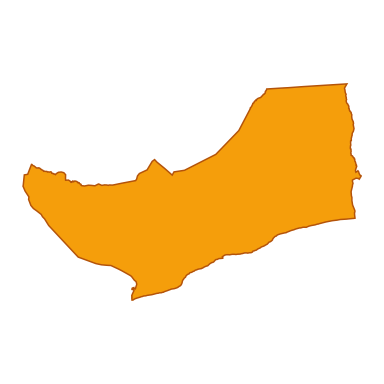 Ningo/prampram, Greater Accra, Ghana (Robinson projection)
{"feature_id": "2480657B81968156308620", "entity_name": "Ningo/prampram", "entity_type": "district", "adm_level": 2, "iso_a3": "GHA", "parent_name": "Ghana", "parent_adm1": "Greater Accra", "projection": "robinson", "projection_center": [0.183, 5.814], "detail": "fine", "context": "isolated", "style": "filled", "palette": "amber", "viewbox_px": 384, "rotation_deg": 0, "n_neighbors": 0, "source": "geoboundaries", "source_scale": "gbopen_adm2", "svg_char_len": 5884}
<svg xmlns="http://www.w3.org/2000/svg" viewBox="0 0 384 384"><path d="M31.5,164.4L27.7,174.3L24.3,174.9L23.2,185.6L23.0,186.1L25.1,191.1L28.9,196.9L28.6,199.4L30.9,205.5L33.4,208.5L36.5,210.7L41.2,214.4L42.5,216.7L44.6,218.9L48.7,225.5L78.2,257.1L95.9,263.6L101.5,264.8L107.1,265.3L110.9,265.5L118.4,269.0L121.9,270.8L130.1,275.4L131.0,276.0L131.7,276.7L134.5,280.4L135.4,281.0L136.1,281.7L136.7,283.9L136.7,284.6L135.9,287.0L135.7,287.5L135.7,288.0L135.4,288.6L135.2,288.3L134.4,288.2L133.7,288.4L133.4,288.5L133.0,288.2L133.2,287.8L132.3,288.1L132.0,288.9L131.9,289.2L132.0,289.5L132.3,289.6L133.3,289.5L133.6,289.4L133.9,289.5L134.0,290.2L133.7,291.2L132.4,294.0L131.8,295.5L131.8,296.1L131.9,297.0L132.0,297.2L131.8,297.7L132.0,300.1L133.1,300.0L133.9,299.4L134.7,298.9L136.9,298.1L140.0,297.2L140.9,296.8L142.4,296.5L143.6,296.0L145.9,295.8L147.0,295.4L151.8,294.7L156.7,293.4L158.8,293.1L159.3,292.8L161.1,292.8L162.7,292.3L163.5,292.2L164.5,291.6L166.6,290.9L167.8,290.5L168.6,290.1L169.4,289.9L171.3,289.1L174.5,288.6L176.9,287.8L178.0,287.3L178.4,286.8L178.7,286.7L178.9,286.5L179.2,286.4L179.4,286.2L180.3,285.8L181.1,284.9L181.7,283.8L182.1,282.6L182.4,281.2L182.5,280.8L182.9,280.0L183.5,279.4L183.8,278.7L184.3,278.1L185.2,277.4L185.7,276.8L185.7,276.5L185.9,276.1L186.5,275.3L187.8,274.3L189.1,273.8L189.6,273.0L190.0,272.7L191.3,272.4L191.9,272.2L192.8,271.5L193.8,271.3L194.8,270.6L195.2,270.2L195.9,270.0L196.6,269.9L197.0,269.6L197.5,269.5L198.0,269.2L200.1,268.8L201.4,268.6L201.9,268.2L202.5,268.1L203.8,267.3L204.6,266.8L206.7,266.0L207.7,265.8L208.6,264.9L210.0,263.6L211.0,263.1L211.6,262.6L212.8,262.4L213.8,261.8L214.3,261.2L215.5,259.8L215.8,259.6L217.2,259.4L217.9,259.1L218.4,258.8L218.7,258.6L222.5,258.3L222.8,258.2L222.8,257.9L222.6,257.9L222.3,256.8L224.4,255.3L225.5,254.9L226.7,254.7L228.2,254.7L229.7,254.8L232.2,254.3L234.6,254.3L235.9,254.5L237.5,254.2L240.0,254.1L241.5,253.7L242.3,253.6L244.8,252.9L246.6,252.9L247.7,253.1L249.7,252.7L251.0,252.7L251.3,252.6L252.5,252.0L252.7,251.4L253.3,251.0L254.2,250.9L254.6,250.6L256.4,250.1L257.6,249.1L259.0,248.4L260.4,247.8L261.4,246.9L263.0,246.4L264.6,245.7L265.1,245.3L267.3,244.1L269.1,242.1L269.8,241.9L270.4,241.7L271.5,240.9L272.5,239.9L272.7,239.1L273.5,238.0L275.0,236.5L275.3,236.3L276.2,236.1L277.2,235.1L277.7,234.8L280.3,233.9L284.6,232.9L286.1,232.7L287.1,232.1L289.0,231.4L290.6,230.7L292.5,230.1L293.8,229.8L295.2,229.2L296.4,228.8L299.7,227.9L300.7,227.9L302.8,227.3L303.9,227.2L306.2,227.3L306.7,227.1L308.5,226.3L310.1,225.8L310.8,225.7L311.4,225.5L315.0,224.9L317.4,224.1L318.1,224.1L319.2,223.7L325.7,222.0L332.3,220.7L337.2,220.1L340.3,219.5L346.5,219.1L351.4,218.6L353.8,218.4L355.0,218.2L354.6,214.9L354.5,212.6L354.8,212.2L354.9,211.7L354.9,211.4L354.8,210.4L352.6,205.0L351.9,200.6L351.9,197.4L351.4,195.7L351.3,194.1L351.1,191.9L351.2,191.2L352.4,186.3L352.5,184.9L353.0,183.4L352.4,181.1L352.5,180.3L352.5,180.0L356.0,178.2L358.5,178.5L359.2,179.2L359.6,178.7L360.4,177.2L361.0,176.5L361.0,175.6L360.1,175.3L359.7,174.5L359.2,173.7L358.5,171.5L357.9,170.8L357.6,171.1L355.9,172.2L355.5,170.9L355.5,170.3L355.8,168.9L356.7,166.4L356.7,166.2L356.3,165.8L356.4,165.4L356.2,165.3L356.4,165.0L356.0,164.4L355.4,161.9L355.0,161.4L354.8,161.0L354.8,160.1L354.7,159.0L354.1,158.7L354.1,158.0L354.0,157.8L353.2,157.3L352.9,156.6L352.4,155.9L351.6,155.6L351.2,155.4L351.1,154.4L351.1,153.8L350.9,153.6L350.7,153.1L350.8,152.8L351.1,151.5L351.0,150.5L351.0,149.6L350.7,149.3L350.9,149.0L350.4,148.5L350.3,148.2L350.5,145.6L350.7,145.4L350.8,145.2L350.6,143.3L350.6,141.0L350.7,140.7L351.3,140.6L351.3,138.0L351.5,137.6L351.8,136.4L351.8,135.9L352.1,135.4L352.2,133.5L352.4,133.0L353.4,131.2L354.0,128.6L353.2,124.6L353.5,123.7L353.4,122.7L353.3,122.4L353.3,121.9L352.0,119.0L351.7,116.7L351.8,114.7L351.2,113.4L351.2,112.8L351.0,112.2L350.6,111.9L349.9,111.3L349.9,110.7L349.4,110.2L349.2,108.8L349.0,108.4L348.7,108.2L348.9,106.9L348.7,106.2L348.6,105.7L347.9,104.6L347.7,104.0L347.0,103.5L346.6,102.7L346.1,100.9L346.6,99.5L346.3,98.7L346.3,98.3L346.2,98.1L346.3,97.7L346.2,97.2L345.9,96.4L345.8,95.8L345.8,95.3L346.1,94.3L346.0,94.0L345.7,93.7L345.2,92.2L344.9,89.7L344.6,88.8L344.5,88.2L344.6,87.9L346.9,83.9L303.4,86.6L288.3,87.7L280.9,88.1L266.7,89.0L266.3,90.4L265.5,91.2L265.4,91.6L265.4,92.0L265.2,92.1L265.1,93.2L264.2,94.2L263.5,94.2L263.3,94.6L263.1,94.7L262.7,95.5L262.3,95.7L261.8,96.4L261.4,96.5L261.2,97.0L260.6,97.5L258.2,98.3L257.3,98.9L256.7,99.4L256.4,100.1L256.0,99.9L255.9,100.0L255.9,100.5L255.5,100.5L255.3,100.8L255.0,100.9L254.3,101.6L254.2,102.0L254.0,102.3L254.0,102.6L253.5,103.1L253.3,103.1L252.9,103.3L252.6,104.3L251.5,106.6L250.2,108.1L250.4,108.5L238.8,130.6L215.8,154.4L184.5,170.3L174.0,171.9L172.2,175.1L164.6,168.4L156.9,162.1L154.6,159.6L152.2,161.4L147.1,169.9L139.4,173.5L137.5,175.9L136.6,179.2L135.6,180.6L121.9,183.2L112.6,185.1L109.1,185.0L108.3,185.4L106.9,185.0L104.6,184.9L101.8,185.4L98.7,184.0L98.0,184.2L96.7,184.9L96.2,185.1L95.0,185.8L91.4,185.4L88.4,185.2L84.6,186.0L81.9,185.7L81.3,185.5L81.1,185.3L81.1,184.5L80.8,184.2L79.7,183.7L79.4,183.4L79.2,182.8L78.8,182.6L78.5,182.8L78.2,182.5L77.7,182.6L77.1,181.7L76.6,181.4L76.2,181.4L75.8,181.2L74.8,181.0L74.1,181.3L74.0,181.6L73.6,181.7L73.3,181.3L72.9,181.0L72.7,181.3L72.7,181.7L72.3,181.6L71.5,181.7L71.7,182.1L71.6,182.3L70.9,182.3L70.6,181.5L68.5,180.1L65.6,180.2L65.5,178.2L65.6,174.7L63.8,172.7L61.2,172.0L58.4,172.3L56.3,173.6L55.4,174.6L54.6,174.0L54.1,174.2L53.2,173.5L52.9,173.4L52.5,173.5L52.2,173.3L51.7,173.2L51.6,172.5L51.1,171.9L50.7,171.8L49.5,172.1L48.7,171.9L47.4,172.0L47.0,171.5L46.3,171.4L44.9,171.4L44.4,171.1L43.7,171.3L43.0,170.4L42.2,170.1L41.6,169.5L41.1,169.5L40.1,168.5L39.4,168.0L38.8,168.1L38.3,167.8L37.5,168.0L36.3,167.9L35.5,167.1L34.3,166.2L34.0,165.9L33.1,165.7L31.8,164.4L31.5,164.4Z" fill="#f59e0b" stroke="#b45309" stroke-width="1.5"/></svg>